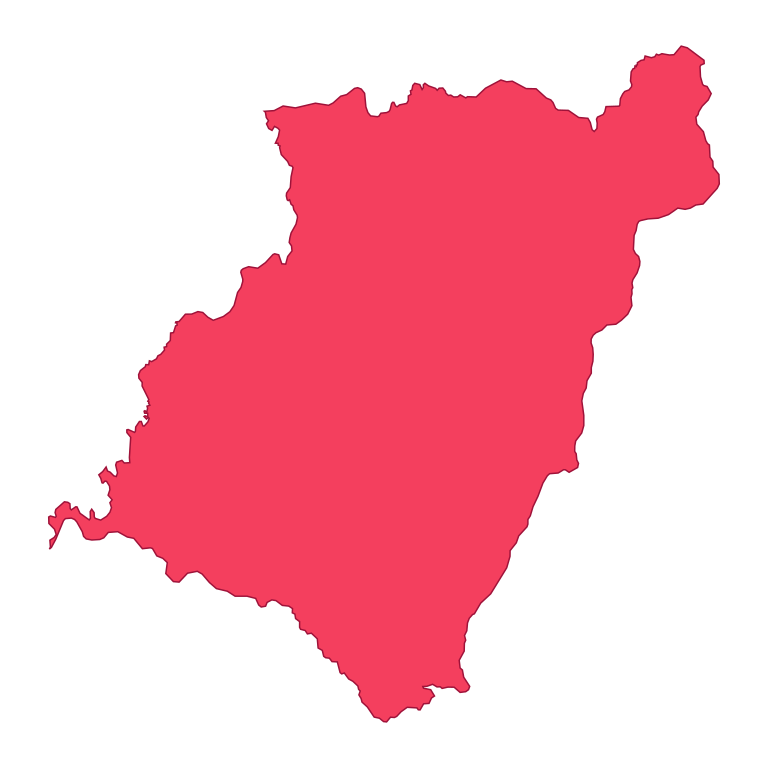 outline of Nóvita, Chocó, Colombia
{"feature_id": "7082276B8825594364674", "entity_name": "Nóvita", "entity_type": "district", "adm_level": 2, "iso_a3": "COL", "parent_name": "Colombia", "parent_adm1": "Chocó", "projection": "natural_earth1", "projection_center": [-76.662, 4.842], "detail": "fine", "context": "isolated", "style": "filled", "palette": "rose", "viewbox_px": 768, "rotation_deg": 0, "n_neighbors": 0, "source": "geoboundaries", "source_scale": "gbopen_adm2", "svg_char_len": 6015}
<svg xmlns="http://www.w3.org/2000/svg" viewBox="0 0 768 768"><path d="M577.6,467.5L578.5,463.4L576.8,459.9L576.2,453.8L574.7,451.4L574.8,445.9L575.7,440.9L581.7,433.0L583.8,425.5L583.8,415.4L581.8,400.8L583.3,393.4L586.2,388.0L587.0,380.7L591.3,373.2L591.3,367.6L592.9,361.2L593.2,354.3L592.7,347.7L591.1,343.0L591.2,339.0L593.2,335.2L596.0,332.7L601.9,330.0L606.9,325.0L615.9,324.2L621.4,320.2L627.7,314.2L631.9,305.7L631.0,297.4L632.0,293.9L631.8,289.6L632.8,287.7L632.0,283.1L632.9,279.6L637.1,272.9L639.6,265.5L639.9,261.5L638.6,256.5L635.4,253.5L633.4,249.4L634.1,235.4L636.1,230.6L637.2,224.3L638.8,221.4L640.5,220.6L647.9,218.9L658.2,218.2L668.5,214.6L677.8,208.1L685.1,209.3L690.4,208.1L695.8,205.0L703.1,204.0L717.2,188.3L719.3,183.9L718.9,174.5L713.1,167.1L712.8,161.2L710.0,157.1L709.4,145.0L707.5,143.6L705.8,140.6L703.4,131.7L696.8,124.2L695.9,117.2L698.1,114.5L698.7,111.8L702.2,106.1L708.2,100.0L711.2,93.6L707.1,86.5L703.7,85.5L702.6,84.3L700.5,76.9L700.0,66.6L700.8,65.1L704.2,63.6L704.0,60.3L687.3,47.8L681.2,46.1L674.0,54.7L669.4,55.0L661.9,53.7L658.8,55.1L656.4,54.2L654.8,56.7L651.4,57.7L645.1,56.0L644.1,59.8L641.0,60.4L637.4,62.7L637.4,64.8L636.2,65.1L636.3,66.5L635.0,66.0L634.6,68.4L633.1,68.7L631.2,71.9L630.5,81.0L631.8,84.6L631.5,86.8L629.0,89.9L624.7,91.5L622.8,93.9L620.4,98.6L619.8,105.3L618.9,106.2L606.0,106.6L604.8,111.7L603.2,114.5L597.5,117.1L596.5,119.2L597.2,123.3L596.9,128.6L594.2,131.5L592.1,129.7L590.3,122.5L587.9,118.3L578.7,117.5L568.4,110.4L558.2,110.1L555.6,108.4L553.0,102.5L550.8,99.9L546.4,98.1L536.1,88.8L526.1,88.6L512.3,81.2L506.6,81.8L500.9,80.0L485.5,88.2L476.2,97.0L467.5,96.7L465.8,97.9L460.2,94.8L457.7,96.8L453.7,97.0L450.8,95.1L448.4,95.5L445.8,93.1L445.4,91.2L442.8,88.0L439.1,88.2L437.2,90.3L435.6,88.4L428.6,85.9L424.9,83.3L423.3,84.8L423.4,87.5L422.1,89.5L419.8,84.6L414.7,83.3L412.8,85.4L411.9,90.0L410.4,90.8L411.0,94.3L408.3,96.0L408.3,100.6L406.7,103.4L399.5,104.9L397.1,106.8L395.6,106.0L393.9,102.4L392.6,102.3L391.6,103.5L390.1,109.7L389.0,111.5L386.6,112.6L380.9,113.2L378.9,116.2L377.4,116.7L370.6,115.9L367.9,112.6L365.9,106.9L364.6,93.3L361.3,89.1L357.7,87.7L354.5,88.4L346.7,94.6L340.7,96.2L333.2,102.9L328.6,105.3L315.4,103.2L295.4,107.9L283.1,106.0L274.2,110.6L264.4,111.3L265.4,112.2L266.3,117.5L268.5,120.8L266.5,123.8L268.7,128.5L272.0,130.4L274.5,126.4L277.9,128.2L279.6,130.1L278.3,136.7L275.4,143.2L278.1,143.3L278.2,145.2L280.1,146.0L279.6,147.6L281.3,154.6L287.6,161.4L289.4,165.3L292.1,166.2L293.0,167.7L291.1,176.7L290.3,187.6L286.6,193.1L286.3,195.9L287.2,199.8L288.2,200.6L289.6,199.8L291.1,204.3L293.0,205.8L293.8,209.8L297.2,215.3L297.5,217.7L296.0,224.2L291.1,233.0L289.9,237.8L289.2,242.5L291.5,245.9L292.0,250.9L287.7,256.5L285.7,264.1L281.8,263.8L278.7,254.8L274.7,253.8L273.0,254.5L265.5,262.6L257.8,268.2L248.6,266.7L243.2,268.7L241.3,270.3L240.8,272.3L242.8,279.2L242.7,281.6L241.0,287.5L237.6,292.4L234.1,305.5L229.9,311.7L223.4,316.5L213.2,320.3L207.8,317.2L202.8,312.5L197.9,311.6L191.7,314.1L185.4,314.2L179.1,321.5L175.8,321.9L175.5,322.8L176.9,323.1L177.2,325.1L175.6,325.9L173.5,332.6L170.6,333.0L170.3,340.5L166.6,344.2L166.6,346.6L164.1,347.2L164.5,350.1L160.7,354.4L157.9,355.8L156.5,358.8L151.7,361.6L149.4,360.8L148.7,364.7L145.8,364.6L145.3,366.7L140.4,370.5L138.6,374.6L138.9,378.2L142.2,382.4L142.1,386.0L148.8,399.5L147.8,401.3L149.0,402.0L148.6,403.2L149.9,405.2L147.0,406.2L147.6,408.2L146.8,411.9L144.9,410.7L144.1,411.2L144.6,413.2L147.7,413.3L147.8,416.6L145.0,415.8L144.0,416.5L146.5,419.1L148.3,417.4L149.2,418.3L147.9,421.9L144.3,426.0L142.9,425.9L141.3,421.5L139.4,421.5L135.7,427.0L135.4,431.3L134.6,432.4L128.1,429.5L126.8,429.9L126.9,432.6L130.7,437.3L129.4,457.5L129.8,462.7L124.3,463.0L121.9,460.4L116.6,462.2L115.7,465.0L117.5,473.0L116.3,476.5L113.9,475.9L110.2,472.2L107.5,471.0L106.1,467.0L102.7,471.6L98.8,474.8L100.8,478.4L102.0,482.8L103.0,483.1L105.0,481.1L106.6,481.4L109.5,486.0L109.9,489.7L108.1,495.2L112.1,499.8L109.9,502.7L111.5,507.7L109.9,512.3L106.7,516.3L100.7,520.1L95.2,518.4L94.3,516.9L94.1,512.6L91.7,509.2L90.2,511.6L90.4,518.3L89.2,519.9L80.0,513.3L77.0,506.9L75.7,506.8L71.3,509.9L70.2,508.6L69.9,503.7L67.8,502.3L64.4,501.8L55.8,509.4L55.1,512.6L56.2,516.2L55.5,517.4L50.4,516.0L48.7,517.0L48.9,523.5L54.5,529.2L56.2,534.5L54.1,537.5L49.9,540.2L50.4,547.0L49.4,549.1L51.4,547.4L55.8,539.2L63.5,520.6L65.4,518.6L71.4,518.1L74.6,519.5L76.8,521.9L82.3,531.7L83.6,536.4L86.2,538.9L91.8,540.0L99.8,539.5L103.8,537.8L108.3,532.4L117.8,531.7L127.3,537.0L133.8,538.3L142.4,548.7L150.4,547.8L152.5,548.5L156.8,555.9L162.8,558.3L167.3,562.6L165.8,573.6L173.4,581.6L179.1,582.1L187.5,573.2L197.3,571.3L202.1,574.0L209.5,582.6L216.4,588.6L227.3,591.2L235.1,596.2L247.0,596.2L255.7,598.4L258.7,605.0L261.2,607.0L265.6,606.2L267.1,602.4L271.8,599.9L276.0,600.6L282.3,605.4L288.8,606.1L292.5,608.6L292.3,612.8L294.9,614.1L295.6,618.6L299.6,621.6L299.6,627.4L300.6,629.3L305.2,630.5L307.4,633.9L311.4,633.2L317.3,638.8L318.1,648.0L322.3,650.4L323.7,656.3L325.6,657.7L329.4,658.2L332.0,661.6L337.3,661.9L340.1,672.6L341.7,673.9L344.3,673.0L348.7,679.0L352.9,681.3L357.9,686.0L358.6,689.3L360.2,691.0L358.9,694.9L361.1,698.5L362.0,702.1L367.3,706.9L374.2,717.1L379.4,718.2L383.6,721.6L386.6,721.9L390.5,717.2L394.4,717.5L396.7,716.4L401.1,711.7L407.2,707.3L416.9,707.9L418.3,709.8L420.1,709.9L423.6,703.8L429.0,703.4L431.5,698.0L434.5,696.0L430.7,689.7L423.5,688.2L422.8,686.5L426.9,686.3L432.6,684.3L437.0,686.9L440.3,686.8L442.1,688.4L447.9,687.1L454.1,687.2L460.1,692.4L465.7,691.7L468.5,689.7L469.7,686.4L463.7,677.2L462.4,670.0L460.1,668.0L459.2,660.3L464.2,651.1L464.4,643.2L465.7,640.2L464.5,635.5L466.8,630.8L467.5,622.9L469.3,618.2L472.6,614.5L474.4,613.8L480.7,603.1L490.7,593.8L506.7,567.8L510.0,556.4L510.1,550.6L516.3,542.8L518.7,535.9L527.0,526.8L527.9,524.1L527.9,519.5L530.3,515.8L533.0,506.7L538.0,496.2L542.9,483.1L547.3,475.8L549.6,473.7L558.2,473.0L563.6,469.7L565.4,469.8L569.1,472.3L577.6,467.5Z" fill="#f43f5e" stroke="#9f1239" stroke-width="1.5"/></svg>